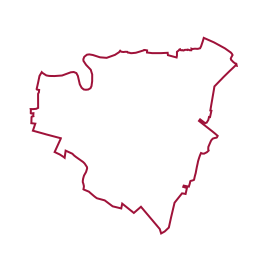 Phu Nhuan, Hồ Chí Minh city, Vietnam (orthographic projection), rotated 188°
{"feature_id": "81297802B72603937188235", "entity_name": "Phu Nhuan", "entity_type": "district", "adm_level": 2, "iso_a3": "VNM", "parent_name": "Vietnam", "parent_adm1": "Hồ Chí Minh city", "projection": "orthographic", "projection_center": [106.679, 10.801], "detail": "fine", "context": "isolated", "style": "outline", "palette": "rose", "viewbox_px": 256, "rotation_deg": 188, "n_neighbors": 0, "source": "geoboundaries", "source_scale": "gbopen_adm2", "svg_char_len": 2869}
<svg xmlns="http://www.w3.org/2000/svg" viewBox="0 0 256 256"><g transform="rotate(188 128 128)"><path d="M163.6,61.1L163.2,60.9L157.8,59.5L156.5,58.6L151.8,55.6L150.0,54.6L149.0,54.1L143.4,53.4L141.0,53.1L132.3,48.3L127.3,47.8L123.5,47.4L123.2,52.3L110.4,44.7L104.2,51.8L85.3,34.9L82.5,32.4L80.5,28.2L77.3,30.6L73.7,35.1L72.9,45.5L71.5,60.5L65.4,70.8L63.6,70.8L61.8,70.7L61.3,76.8L63.9,77.2L65.1,77.4L64.8,78.7L59.6,78.4L59.1,81.5L58.9,84.0L58.4,84.4L56.6,85.1L55.4,85.9L55.1,89.6L54.7,92.7L54.4,99.0L54.1,102.7L54.0,104.7L53.5,107.9L53.1,110.0L52.7,111.7L52.2,113.4L50.6,113.0L49.1,113.2L46.5,115.0L45.0,116.9L45.6,118.1L45.8,120.5L44.1,126.7L43.5,128.0L42.4,129.4L40.6,130.2L38.9,130.8L38.6,131.2L38.1,132.7L41.2,134.7L42.2,135.3L44.2,136.5L53.4,141.8L58.7,144.9L57.8,146.6L52.2,143.5L51.5,144.0L50.9,144.2L49.6,147.1L49.3,150.2L48.3,150.2L47.8,156.7L48.9,156.8L48.8,161.0L48.3,177.1L48.2,181.2L40.4,191.9L35.4,198.4L30.7,204.3L30.3,204.9L29.0,204.8L29.7,206.7L30.9,206.9L32.8,207.9L35.5,210.0L35.9,211.0L35.5,212.5L34.6,214.8L35.4,215.9L36.6,217.0L43.2,220.4L54.9,224.8L65.5,227.8L66.0,224.4L67.0,219.1L67.7,217.0L69.9,216.1L73.0,215.8L75.1,215.2L76.2,215.4L76.0,214.5L76.1,213.8L77.8,213.6L79.0,213.9L79.9,213.9L80.1,213.5L81.0,213.6L82.8,213.2L83.6,212.5L84.7,212.7L85.2,212.4L85.5,212.6L86.3,212.4L86.7,212.4L87.3,212.7L87.5,213.2L88.0,212.9L88.6,211.8L90.1,210.3L90.1,210.0L89.8,208.2L89.6,206.1L89.7,204.6L98.6,205.7L99.2,208.0L105.9,206.7L106.0,206.7L114.3,205.5L119.7,205.4L119.9,207.5L122.3,207.6L123.0,207.4L123.0,207.2L127.2,205.2L130.7,203.6L134.8,202.6L136.2,202.5L136.7,202.7L138.7,202.7L139.2,203.3L141.3,203.1L143.1,202.6L145.3,202.6L146.5,203.4L147.4,201.8L148.8,200.6L151.1,198.6L158.9,194.5L165.6,194.1L173.0,195.4L176.6,195.5L178.8,194.9L179.9,193.8L181.2,192.4L181.8,189.9L181.4,188.2L178.3,184.7L173.0,180.5L170.9,176.0L170.0,169.4L170.0,164.4L170.7,162.2L172.7,160.6L175.1,160.0L177.2,160.0L179.5,161.4L181.8,164.5L184.9,172.6L186.8,175.2L189.5,175.9L192.4,175.2L200.6,170.8L208.1,169.2L213.2,168.6L216.2,168.7L220.5,170.7L221.2,171.3L222.9,167.2L223.3,160.9L223.6,157.1L223.9,153.8L223.5,153.4L221.3,153.3L221.2,151.0L221.8,149.3L219.8,135.4L221.6,134.2L224.6,133.5L227.0,133.2L226.7,132.3L226.6,131.3L226.4,129.7L226.3,129.1L225.8,128.9L225.1,129.1L224.2,129.4L223.7,129.5L223.6,128.6L223.6,127.4L223.3,126.5L224.8,125.9L225.0,125.6L225.0,124.9L224.5,120.5L224.4,119.3L220.4,119.4L221.8,112.1L209.6,110.5L208.3,110.3L193.1,108.5L193.2,107.8L197.3,94.0L195.4,93.4L194.2,93.0L191.9,92.3L187.8,90.4L186.6,89.7L186.6,92.2L186.6,96.9L179.6,94.8L179.0,94.4L177.6,93.3L175.7,92.2L167.6,88.0L166.0,86.8L164.4,85.0L163.2,83.6L162.9,82.6L162.9,82.0L163.4,78.7L163.7,77.9L164.5,75.9L164.9,74.9L165.1,73.8L165.4,71.4L165.4,69.2L165.2,68.0L164.5,66.7L163.6,64.4L163.5,63.5L163.5,62.6L163.6,61.1Z" fill="none" stroke="#9f1239" stroke-width="2"/></g></svg>